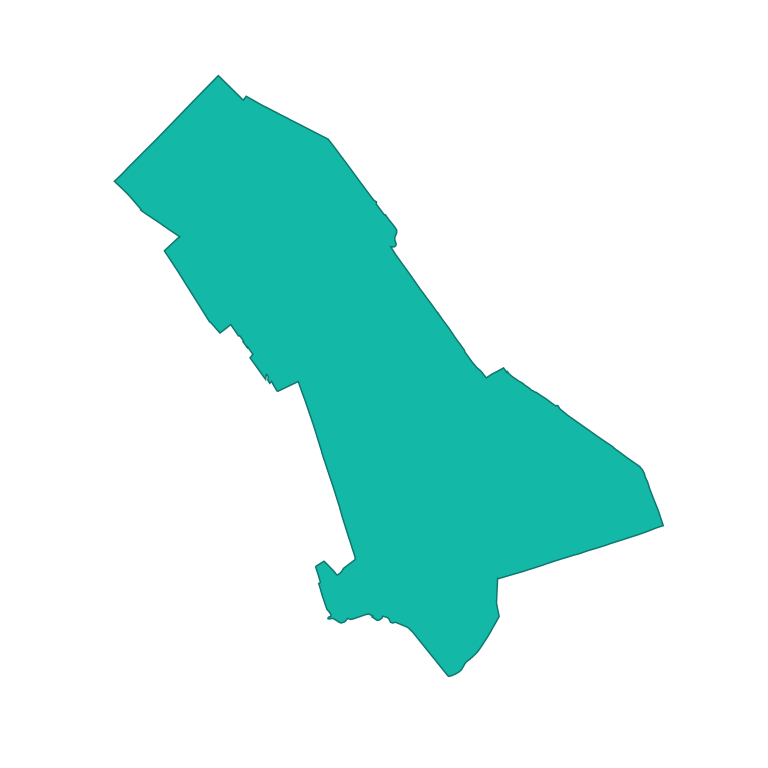 the district of Slobozia, Arges, Romania, rotated 279°
{"feature_id": "2599482B25877220238739", "entity_name": "Slobozia", "entity_type": "district", "adm_level": 2, "iso_a3": "ROU", "parent_name": "Romania", "parent_adm1": "Arges", "projection": "orthographic", "projection_center": [25.198, 44.51], "detail": "fine", "context": "isolated", "style": "filled", "palette": "teal", "viewbox_px": 768, "rotation_deg": 279, "n_neighbors": 0, "source": "geoboundaries", "source_scale": "gbopen_adm2", "svg_char_len": 5339}
<svg xmlns="http://www.w3.org/2000/svg" viewBox="0 0 768 768"><g transform="rotate(279 384 384)"><path d="M287.8,682.0L288.1,681.8L288.7,681.5L290.5,680.6L291.0,680.3L295.8,677.8L297.0,677.2L301.6,674.9L302.6,674.3L303.3,673.9L304.3,673.3L306.4,672.0L307.8,671.2L310.1,669.8L311.6,668.9L314.8,667.0L316.4,666.1L318.2,665.0L320.0,664.0L322.3,662.7L325.6,661.1L328.4,659.7L329.6,658.9L333.3,656.4L336.5,655.1L337.1,654.6L337.6,654.2L338.9,653.3L339.9,652.5L340.1,652.2L340.7,651.4L342.4,649.6L346.5,641.2L348.1,637.8L349.6,634.8L352.6,629.2L355.9,622.6L357.0,620.8L357.7,620.0L361.6,611.6L365.6,603.2L373.7,586.8L381.7,570.5L386.8,561.8L387.5,561.1L388.5,560.3L389.5,559.4L389.9,559.0L389.8,558.2L389.3,556.9L389.7,555.8L390.6,554.1L391.8,551.8L392.6,550.4L393.3,549.0L394.8,546.1L395.8,543.8L397.1,540.8L398.3,538.3L399.4,535.9L399.6,535.5L399.6,534.8L399.8,533.9L400.2,532.9L400.5,532.6L400.9,530.8L401.6,529.6L402.0,529.1L403.0,527.3L404.9,523.2L406.3,521.1L407.1,519.1L408.0,516.4L409.3,513.9L411.0,510.2L412.4,507.8L413.9,505.6L414.5,505.2L415.2,504.2L415.5,503.9L414.5,503.8L414.6,503.4L418.6,499.6L416.6,497.0L413.6,493.1L410.7,489.1L406.5,484.5L406.1,484.3L406.8,483.2L408.4,481.4L409.7,480.2L411.1,478.6L411.6,477.9L412.4,477.0L414.8,473.0L417.0,470.5L419.5,467.6L420.5,466.6L423.3,463.8L428.0,459.1L429.5,458.3L430.2,457.9L433.3,454.8L434.7,453.5L438.1,449.9L441.7,446.4L445.1,443.3L446.0,442.4L449.3,439.4L453.4,435.1L457.8,430.7L462.7,426.1L462.4,426.0L465.1,423.4L469.9,418.7L475.9,412.5L483.4,404.9L496.9,391.9L505.4,383.4L514.0,374.9L517.3,372.1L518.7,370.8L520.7,369.3L520.7,371.2L521.2,372.9L522.6,374.1L524.6,374.0L527.9,372.2L529.5,371.8L530.7,371.8L535.3,372.9L537.4,372.4L537.9,372.6L541.0,369.8L547.7,362.4L551.4,358.9L550.9,358.1L559.7,349.0L560.6,348.2L561.8,348.2L562.8,347.9L563.6,345.7L566.1,342.8L577.1,331.6L578.3,330.3L594.6,313.9L603.6,304.6L610.4,297.7L617.2,290.4L617.3,289.9L617.9,288.1L619.3,283.6L619.8,282.2L620.7,279.4L620.9,278.9L621.6,276.8L622.2,274.8L625.6,264.6L628.0,257.3L630.5,249.4L631.1,248.0L634.0,239.0L634.1,238.8L634.1,238.6L635.5,234.7L635.9,233.1L636.6,231.2L636.8,230.6L636.9,230.2L637.7,228.1L638.3,226.2L639.0,224.0L639.1,223.8L639.2,223.5L639.2,223.1L639.3,222.7L641.4,216.8L642.7,213.4L644.1,209.7L645.7,205.3L646.1,204.4L646.6,202.9L642.3,200.6L653.4,185.1L662.7,172.1L632.5,150.7L596.4,125.4L592.0,122.3L569.6,106.0L562.4,100.8L557.9,97.5L550.4,92.4L542.0,86.0L535.9,95.0L530.0,103.1L520.4,114.4L518.7,116.5L517.9,116.3L516.5,118.8L514.3,123.3L508.2,136.7L504.7,143.8L501.3,150.9L497.4,159.4L496.7,158.7L496.5,158.1L490.2,153.2L483.5,148.0L481.2,146.2L480.8,146.6L463.0,162.8L457.0,168.0L438.7,184.0L418.1,202.0L417.3,203.7L408.7,214.0L415.0,220.0L418.7,223.3L415.4,226.5L411.3,230.4L408.7,232.8L408.9,233.2L409.0,234.0L408.4,234.7L404.3,238.7L403.7,238.1L402.0,239.8L400.7,241.1L398.4,243.4L399.2,243.6L399.0,243.8L392.8,249.8L388.9,247.6L383.5,253.0L372.7,263.6L370.0,266.4L375.0,266.2L375.3,266.6L373.0,268.7L371.9,268.6L369.7,268.6L366.8,271.1L368.9,272.6L368.7,272.7L367.2,274.0L366.8,274.1L360.5,279.3L360.3,279.7L360.3,280.0L360.4,280.6L373.0,298.9L364.5,303.5L355.4,308.6L333.8,320.0L326.0,323.9L307.7,332.9L306.3,333.4L301.3,335.9L298.0,337.7L283.2,345.3L274.9,349.7L262.0,356.1L255.4,359.4L250.0,361.8L246.4,363.5L244.9,364.2L230.5,371.4L226.4,373.4L224.6,374.5L223.5,375.0L216.0,378.7L209.8,381.9L207.6,382.8L206.9,382.9L205.8,382.7L195.5,372.8L192.9,371.8L190.2,370.2L188.2,367.9L188.1,367.5L188.2,367.0L188.7,366.5L190.0,365.2L191.9,362.9L195.3,358.4L196.8,356.4L199.6,352.5L193.6,345.6L193.0,345.2L192.6,345.2L189.1,346.9L185.2,348.9L178.3,352.2L177.9,352.0L176.7,350.7L172.7,352.7L165.4,356.1L152.6,362.8L150.8,365.0L148.7,367.1L147.2,367.9L146.6,368.0L146.2,367.7L144.9,365.6L143.6,365.3L143.3,366.4L144.5,370.4L143.2,373.5L141.7,376.9L141.2,379.0L142.9,382.4L146.8,384.9L146.2,387.9L147.2,390.4L150.3,396.2L153.4,402.0L154.5,405.2L153.7,407.3L153.0,409.3L152.1,408.6L149.5,414.1L150.2,416.4L152.5,418.7L154.5,419.2L154.0,423.5L152.9,425.5L149.6,427.8L149.3,430.0L150.5,432.5L150.4,433.0L148.3,441.6L148.2,442.2L147.3,445.4L146.5,446.9L145.7,447.9L143.6,450.9L141.8,453.0L123.0,473.7L120.2,476.9L117.5,479.8L109.6,488.5L105.3,493.4L106.4,496.4L106.7,496.8L107.1,497.4L108.9,500.2L109.3,500.6L111.1,502.8L111.2,503.0L112.5,504.1L112.9,504.4L113.8,505.1L114.4,505.4L119.6,507.4L120.5,507.7L121.1,508.1L121.6,508.3L121.8,508.4L122.5,509.0L123.2,509.6L123.6,509.9L124.4,510.7L125.8,512.0L127.5,513.4L128.0,513.9L128.3,514.1L128.6,514.3L129.7,515.1L133.3,517.8L134.1,518.3L134.4,518.5L134.9,518.8L141.9,522.1L146.4,524.1L148.9,525.2L150.2,525.8L154.3,527.4L155.3,527.8L156.0,528.1L156.8,528.4L158.3,528.9L159.3,529.2L163.2,530.7L164.2,531.1L167.4,532.3L168.3,532.6L172.4,534.1L174.3,533.4L174.6,533.3L175.9,532.8L176.2,532.7L179.8,531.3L182.7,530.3L185.3,529.4L185.6,529.3L188.6,529.0L194.2,528.3L196.1,528.1L204.4,527.2L209.4,526.7L209.3,526.8L214.9,538.5L220.4,550.3L221.9,553.2L222.1,553.6L222.9,555.1L226.3,562.0L227.7,564.7L228.2,565.8L228.6,566.6L230.2,569.7L231.4,571.7L232.9,574.7L234.6,578.0L236.2,581.0L239.7,588.1L241.9,592.7L245.1,599.1L246.0,601.5L247.5,604.5L250.9,610.8L254.9,619.1L258.7,626.9L261.8,632.6L265.7,640.4L275.1,659.0L278.8,665.8L281.3,670.1L284.1,674.8L285.8,678.0L287.8,682.0Z" fill="#14b8a6" stroke="#0f766e" stroke-width="1.5"/></g></svg>